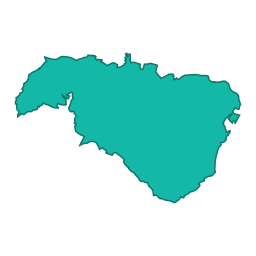 the district of Panet, Mures, Romania, rotated 270°
{"feature_id": "2599482B21044772325491", "entity_name": "Panet", "entity_type": "district", "adm_level": 2, "iso_a3": "ROU", "parent_name": "Romania", "parent_adm1": "Mures", "projection": "mercator", "projection_center": [24.446, 46.561], "detail": "fine", "context": "isolated", "style": "filled", "palette": "teal", "viewbox_px": 256, "rotation_deg": 270, "n_neighbors": 0, "source": "geoboundaries", "source_scale": "gbopen_adm2", "svg_char_len": 5869}
<svg xmlns="http://www.w3.org/2000/svg" viewBox="0 0 256 256"><g transform="rotate(270 128 128)"><path d="M151.8,240.6L153.1,240.0L157.0,238.8L159.5,238.6L160.5,238.3L161.6,237.7L162.6,236.6L164.6,232.5L166.2,230.8L168.5,229.7L171.6,228.7L172.8,227.9L174.5,225.6L174.8,224.7L174.9,223.8L174.4,221.0L174.0,219.5L173.8,218.2L173.8,217.0L174.2,215.4L173.5,215.0L173.6,214.2L174.2,213.8L174.3,213.4L174.1,212.8L174.4,211.8L174.9,210.5L175.7,209.5L177.0,208.8L178.0,208.5L179.3,208.6L179.8,208.1L180.4,206.7L180.5,200.4L180.9,199.1L181.5,196.0L180.7,184.7L180.2,183.6L178.9,181.5L176.3,178.6L177.9,176.6L176.3,174.1L176.5,174.0L176.5,173.6L177.8,173.8L180.9,173.7L180.9,173.0L181.9,172.7L181.7,168.6L181.1,168.1L180.1,166.3L177.6,160.8L179.3,159.9L180.5,158.4L182.4,157.1L183.5,156.1L184.1,155.8L187.4,156.4L190.7,157.4L192.6,150.8L192.6,150.1L191.8,146.9L191.9,144.5L186.5,142.8L187.4,140.0L190.7,140.1L191.7,140.4L193.9,133.2L193.4,131.6L193.3,130.6L195.6,130.3L195.7,130.0L198.8,130.3L201.9,130.1L201.9,129.5L201.2,127.5L202.6,126.9L202.2,125.7L201.3,126.1L200.9,125.9L200.3,126.3L200.2,126.6L199.6,126.8L199.8,127.7L199.3,127.9L198.7,125.1L196.9,125.5L196.4,126.3L196.2,126.3L195.6,124.9L195.3,125.0L194.1,125.8L193.1,125.9L192.6,124.9L192.1,124.9L191.9,124.0L190.6,124.0L190.0,122.1L189.1,120.8L188.8,118.8L188.5,117.9L188.6,117.2L188.8,117.1L191.4,117.5L191.9,116.1L192.8,115.0L192.9,114.4L193.2,112.6L191.5,109.3L190.7,107.1L190.8,106.4L192.4,104.5L193.0,103.5L193.7,102.7L193.7,100.9L194.5,101.0L195.7,102.1L196.2,101.9L196.4,101.2L196.3,99.5L196.5,98.9L196.5,96.6L196.0,96.8L196.0,96.6L198.2,94.9L199.1,96.0L199.9,95.5L200.7,92.8L200.5,92.5L200.2,92.6L200.6,91.4L200.5,89.6L200.9,88.1L199.4,87.2L198.8,86.5L198.6,85.8L198.5,85.1L198.7,84.1L198.0,83.1L196.7,78.7L195.8,77.1L195.6,76.4L198.4,70.9L198.4,70.3L198.8,68.9L199.3,65.0L199.5,62.0L199.1,60.7L197.3,57.9L196.8,56.7L196.6,55.3L196.7,53.4L197.0,51.6L197.0,50.8L199.0,44.7L197.9,45.0L194.7,46.6L194.2,45.6L190.5,42.3L189.2,41.5L187.9,39.4L187.7,40.1L186.9,39.9L186.8,39.4L186.9,39.0L186.8,38.6L184.4,34.1L184.1,33.2L183.8,32.8L183.4,31.9L182.5,31.0L181.9,29.9L180.9,29.4L181.1,29.0L179.2,28.5L177.4,28.5L176.0,27.5L175.2,27.2L173.5,25.9L173.3,25.1L172.5,24.0L172.0,23.6L170.9,24.0L169.4,23.4L167.6,22.4L166.9,21.9L166.5,22.6L165.8,23.3L164.5,22.6L163.7,22.1L163.4,21.6L162.8,20.0L161.6,19.7L160.8,19.2L158.9,17.4L158.6,16.9L158.7,16.5L158.0,16.0L155.8,16.5L155.3,15.9L153.1,15.4L152.0,15.7L151.8,17.0L149.6,16.6L146.7,17.0L146.2,17.1L145.0,18.7L143.6,18.8L142.4,18.4L141.5,17.8L139.3,17.7L140.9,20.1L141.7,20.7L142.5,20.7L142.5,20.8L142.0,21.6L141.8,22.7L141.4,23.8L144.4,27.8L144.3,30.2L144.6,31.7L145.7,33.2L146.0,34.1L146.1,35.1L146.6,36.7L146.9,37.4L147.0,37.6L148.4,37.5L149.8,38.4L149.0,39.2L150.3,40.4L150.6,40.8L151.0,42.1L151.4,42.5L152.9,43.0L151.4,46.6L151.7,46.8L149.2,51.9L148.4,53.7L147.9,58.3L148.2,58.4L148.8,57.5L151.0,57.0L151.7,57.3L152.5,58.5L152.0,58.9L151.4,60.7L151.0,63.8L151.0,65.0L151.2,65.7L151.5,66.2L151.8,66.3L153.0,65.9L156.4,66.0L156.8,65.8L158.7,63.4L160.2,62.5L161.0,62.3L160.4,63.1L160.1,63.1L159.5,63.6L159.0,64.3L158.3,66.4L157.2,68.1L157.2,68.5L158.1,68.8L158.4,68.7L159.4,68.9L159.7,69.1L159.9,69.4L160.1,68.9L160.3,67.8L160.6,68.0L161.0,66.5L161.6,66.7L161.5,67.4L162.7,69.3L163.3,70.6L163.8,72.0L162.5,72.6L160.9,72.4L159.0,72.5L158.3,73.4L157.5,72.9L155.7,71.5L154.8,71.1L151.3,70.2L148.3,68.8L147.5,68.8L146.3,69.1L145.2,69.8L144.3,71.0L144.2,71.4L144.3,72.2L144.8,73.8L142.2,74.4L141.2,75.6L139.9,76.4L137.7,74.8L137.3,74.7L136.0,74.6L134.3,74.8L132.7,74.4L132.3,76.0L131.7,76.2L131.3,76.1L131.0,75.5L130.0,74.8L126.5,75.3L124.7,75.8L123.9,76.6L121.2,80.4L121.5,80.6L119.3,84.4L115.9,82.4L110.7,79.9L112.3,83.1L112.6,84.9L113.1,86.8L112.8,86.9L113.0,87.7L114.4,89.8L114.7,92.4L113.8,95.3L113.0,96.6L111.8,97.4L111.7,97.2L109.6,98.4L106.6,99.6L108.2,102.3L106.6,104.3L105.7,106.4L103.6,106.0L103.4,106.8L102.8,106.5L100.8,112.2L102.3,113.1L103.1,113.9L103.4,114.8L103.1,116.2L101.4,118.3L100.0,120.4L96.8,123.9L96.2,124.4L95.1,123.8L93.8,123.7L91.8,124.9L91.3,125.3L91.1,125.8L89.2,127.2L88.9,127.7L88.7,128.6L88.3,128.7L87.7,128.6L87.3,128.8L85.2,130.7L84.5,131.6L82.9,134.5L82.4,135.0L81.4,135.1L80.1,136.7L79.5,137.0L77.6,138.7L76.4,139.1L74.5,141.1L74.7,142.0L74.6,143.3L73.7,144.7L73.2,147.5L72.0,147.9L69.6,149.1L69.1,149.5L67.3,151.7L65.1,153.0L60.5,153.5L60.9,156.2L57.2,160.2L57.4,161.7L55.9,165.4L55.5,167.6L55.3,170.0L54.6,171.9L53.4,173.8L53.9,175.9L55.1,176.8L55.7,178.1L56.4,178.9L58.2,180.4L59.1,180.8L59.1,181.2L58.6,181.9L58.2,183.5L58.9,183.5L59.0,183.7L58.7,183.9L59.6,184.3L61.1,185.6L62.0,187.8L64.2,190.5L64.4,191.2L64.3,191.8L64.9,193.3L66.5,196.4L70.5,200.0L72.1,198.8L72.7,199.0L73.8,200.6L75.3,204.4L77.5,204.1L78.1,205.6L79.1,207.2L80.0,210.3L80.0,211.2L80.3,211.8L81.9,213.6L82.7,214.0L83.5,215.2L84.2,215.2L87.4,214.7L89.9,215.0L95.6,215.2L98.2,215.9L100.5,216.2L104.5,217.5L105.3,217.4L106.9,218.2L108.5,218.8L111.1,221.0L112.1,221.1L113.2,220.8L113.5,221.5L113.7,222.8L114.1,224.0L114.6,224.8L115.7,225.9L116.5,226.3L117.0,226.3L117.4,225.9L117.8,225.7L118.4,225.8L119.3,226.6L120.2,226.9L120.3,227.5L120.5,227.6L121.1,228.5L122.6,228.7L122.8,229.0L123.0,229.7L123.6,229.6L124.1,230.1L125.3,229.9L124.3,227.5L124.0,226.4L126.5,225.8L126.6,225.5L129.0,225.0L132.4,222.9L133.1,223.1L132.9,223.6L134.1,223.7L135.5,224.5L137.3,225.6L138.5,226.7L138.5,227.0L138.1,227.4L140.9,229.0L142.3,231.7L141.7,231.9L140.8,231.1L140.7,230.7L140.3,230.4L136.7,228.7L134.0,231.1L133.0,232.3L135.5,233.4L135.1,235.3L133.0,234.8L132.9,235.2L140.9,239.6L141.0,238.7L141.6,237.4L141.6,236.6L141.4,235.8L141.7,235.6L142.3,234.4L142.9,233.6L144.7,232.6L146.7,234.1L146.8,234.5L147.5,234.6L148.2,235.2L147.3,236.6L146.8,237.7L146.8,238.5L146.7,238.8L147.8,239.3L148.6,239.3L151.1,240.1L151.8,240.6Z" fill="#14b8a6" stroke="#0f766e" stroke-width="1.5"/></g></svg>